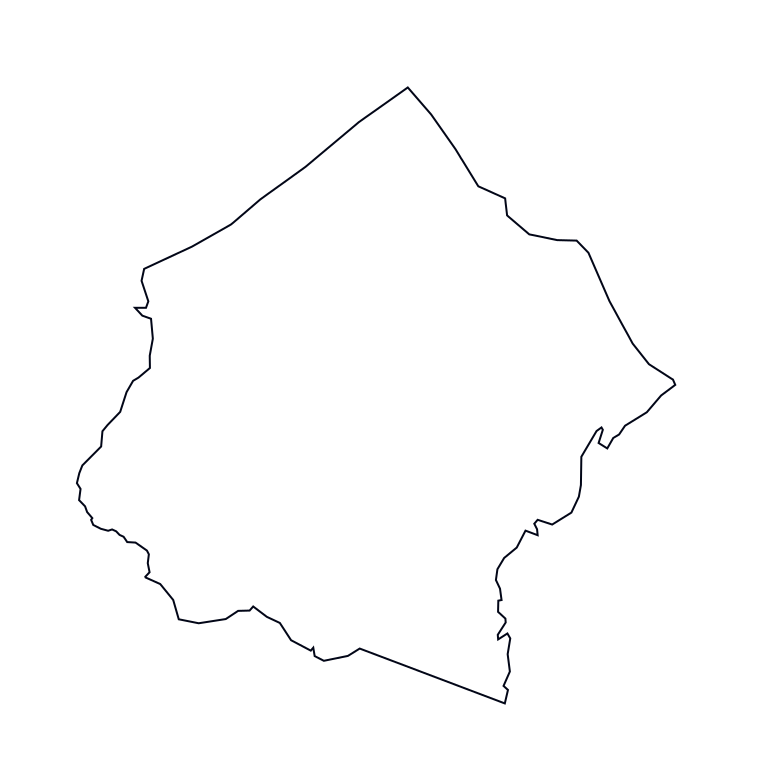 the district of Santa Isabel, Puerto Rico, rotated 189°
{"feature_id": "32010507B73228350773325", "entity_name": "Santa Isabel", "entity_type": "district", "adm_level": 2, "iso_a3": "PRI", "parent_name": "Puerto Rico", "parent_adm1": "", "projection": "natural_earth1", "projection_center": [-66.389, 17.99], "detail": "fine", "context": "isolated", "style": "outline", "palette": "ink", "viewbox_px": 768, "rotation_deg": 189, "n_neighbors": 0, "source": "geoboundaries", "source_scale": "gbopen_adm2", "svg_char_len": 1902}
<svg xmlns="http://www.w3.org/2000/svg" viewBox="0 0 768 768"><g transform="rotate(189 384 384)"><path d="M214.7,87.4L213.7,101.2L218.7,104.5L214.7,119.7L219.6,136.5L219.5,152.5L223.1,156.9L231.3,149.6L232.4,154.1L226.5,167.5L227.4,171.3L235.7,176.8L237.2,187.9L234.1,189.0L237.4,200.0L242.8,207.9L243.0,218.8L238.1,231.0L227.3,243.2L221.3,261.3L208.6,258.7L210.1,264.5L213.7,269.5L211.0,273.9L195.9,271.5L178.8,286.3L173.9,303.2L173.7,315.0L177.7,343.0L166.7,370.8L162.4,375.1L160.7,373.0L162.8,359.3L153.4,355.3L149.1,366.6L143.9,370.9L139.4,380.5L120.0,397.2L108.5,416.0L96.2,428.7L99.3,433.6L101.1,434.3L125.4,445.0L138.4,457.0L144.7,462.8L145.1,463.3L149.6,469.2L158.4,480.5L168.0,493.0L174.2,501.0L202.6,545.6L216.2,555.8L216.7,555.7L235.5,553.2L258.4,554.3L263.9,554.5L287.1,568.7L288.8,569.8L291.6,579.8L291.9,580.8L292.9,584.5L293.4,586.3L321.7,594.0L322.2,594.5L342.3,618.0L343.1,618.8L344.8,620.9L350.1,627.1L379.6,657.6L406.9,680.6L429.3,658.7L440.8,647.5L443.9,644.5L450.0,638.5L451.0,637.3L482.1,601.6L495.4,586.3L512.9,568.9L528.0,554.0L535.1,546.9L537.3,544.3L558.3,519.6L560.1,517.6L576.5,504.5L595.2,489.6L609.2,480.2L638.9,460.2L639.6,448.0L629.7,428.8L631.0,422.0L641.8,420.3L633.4,413.7L624.3,412.0L619.4,392.6L619.8,375.3L617.7,363.2L627.5,351.9L632.3,347.9L637.0,335.7L640.2,315.2L650.6,300.3L654.7,293.3L653.6,278.0L669.2,256.4L671.0,248.3L671.8,238.0L667.3,232.9L667.0,221.6L660.1,216.4L657.2,211.1L651.1,205.9L652.0,204.0L649.1,199.3L641.0,196.7L633.5,195.9L629.8,197.8L625.5,196.6L621.6,193.6L617.3,192.4L612.9,187.7L604.6,188.5L592.1,182.4L589.6,179.0L589.3,170.1L586.1,161.4L589.6,156.3L589.2,155.6L573.7,151.4L558.4,137.7L549.9,119.5L529.6,118.7L503.5,127.1L492.6,137.1L481.3,139.2L478.4,143.8L463.3,135.7L449.5,131.7L435.7,116.4L414.6,109.2L412.6,112.5L409.9,104.4L400.1,101.2L377.1,109.8L366.6,118.9L214.7,87.4Z" fill="none" stroke="#020617" stroke-width="2"/></g></svg>